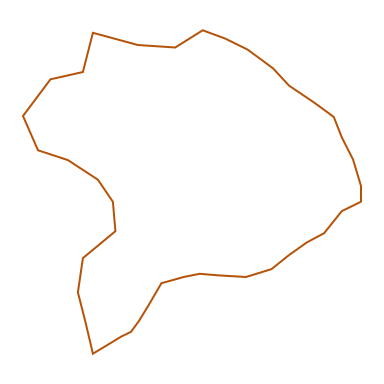 Agios Efstathios, Cyprus (Robinson projection)
{"feature_id": "46923920B27642326051003", "entity_name": "Agios Efstathios", "entity_type": "district", "adm_level": 2, "iso_a3": "CYP", "parent_name": "Cyprus", "parent_adm1": "", "projection": "robinson", "projection_center": [34.021, 35.386], "detail": "fine", "context": "isolated", "style": "outline", "palette": "amber", "viewbox_px": 384, "rotation_deg": 0, "n_neighbors": 0, "source": "geoboundaries", "source_scale": "gbopen_adm2", "svg_char_len": 597}
<svg xmlns="http://www.w3.org/2000/svg" viewBox="0 0 384 384"><path d="M92.9,353.7L121.4,336.5L131.0,331.8L139.0,320.9L148.6,305.2L161.4,283.2L183.7,277.0L199.7,273.8L218.8,275.4L246.0,277.0L271.5,269.1L289.1,255.0L306.7,242.5L324.2,233.1L341.8,211.1L361.0,201.7L361.0,186.0L353.0,159.4L341.8,137.4L333.8,117.0L314.6,102.9L289.1,85.7L273.1,68.4L247.6,49.6L225.2,38.6L202.7,30.3L175.2,47.5L137.8,45.0L92.9,32.8L82.9,72.0L50.5,79.3L23.0,116.0L38.0,150.3L67.9,160.1L97.9,179.7L112.9,201.8L115.4,231.2L82.9,258.1L77.9,292.4L85.4,321.8L92.9,353.7Z" fill="none" stroke="#b45309" stroke-width="2"/></svg>